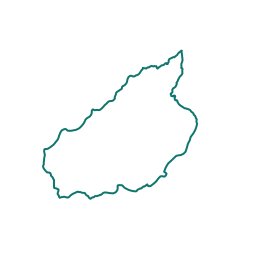 San Juanito, Meta, Colombia (Equal Earth projection), rotated 210°
{"feature_id": "7082276B64905433101217", "entity_name": "San Juanito", "entity_type": "district", "adm_level": 2, "iso_a3": "COL", "parent_name": "Colombia", "parent_adm1": "Meta", "projection": "equal_earth", "projection_center": [-73.664, 4.461], "detail": "fine", "context": "isolated", "style": "outline", "palette": "teal", "viewbox_px": 256, "rotation_deg": 210, "n_neighbors": 0, "source": "geoboundaries", "source_scale": "gbopen_adm2", "svg_char_len": 5777}
<svg xmlns="http://www.w3.org/2000/svg" viewBox="0 0 256 256"><g transform="rotate(210 128 128)"><path d="M120.9,53.5L119.4,55.1L119.0,55.8L118.5,56.3L118.1,56.5L117.7,57.3L117.1,59.1L116.8,59.6L116.0,60.5L113.8,61.6L111.9,62.2L108.3,63.9L106.9,65.6L106.4,66.7L106.2,69.0L106.7,70.4L107.6,72.0L108.0,72.5L108.1,73.0L108.0,73.3L107.9,73.5L106.9,74.2L104.6,75.4L103.8,75.3L101.5,74.6L99.9,74.5L96.5,74.7L94.8,75.1L92.1,75.8L91.3,76.3L90.1,76.7L89.1,77.5L89.0,77.8L89.0,78.5L88.8,79.1L88.6,79.7L87.9,80.6L87.6,81.2L86.5,82.2L86.1,82.9L85.8,83.9L85.5,84.7L85.2,85.2L84.8,85.3L84.3,86.0L83.7,87.3L83.5,88.1L83.3,88.5L83.1,88.7L82.6,88.5L82.2,88.0L81.2,87.9L79.5,89.0L79.3,89.5L79.0,90.1L78.4,91.6L77.8,93.0L76.9,95.8L76.4,99.9L75.9,101.7L75.7,102.3L74.7,103.1L74.2,103.4L72.5,103.9L72.3,104.1L71.9,104.5L71.6,105.6L71.6,106.6L71.7,107.4L71.8,107.6L72.0,107.7L72.6,108.0L74.1,108.1L74.7,108.2L74.9,108.4L75.0,109.0L75.5,112.3L75.6,114.9L75.4,117.9L75.1,118.6L73.9,122.4L73.3,124.6L73.0,125.5L72.5,127.4L72.2,128.1L71.7,128.6L71.1,129.1L70.0,130.1L68.7,130.9L68.1,132.0L67.3,133.0L66.8,134.3L66.4,136.0L66.4,136.8L66.6,137.7L67.4,141.4L68.0,143.3L68.2,144.4L68.3,145.8L68.3,147.1L68.5,148.7L68.7,149.6L69.0,150.5L69.2,151.4L69.2,152.0L69.1,152.7L68.7,156.2L68.8,160.1L69.3,162.8L70.0,165.3L70.3,166.1L70.6,166.5L71.9,167.7L72.9,169.9L73.1,170.0L74.4,170.6L74.8,171.2L75.9,172.0L76.3,172.1L77.0,172.2L77.5,172.3L78.8,173.4L80.3,173.7L81.6,173.8L82.5,174.3L83.1,174.6L85.0,174.5L86.5,174.2L87.0,173.9L88.2,173.8L88.9,173.4L89.3,173.4L91.6,173.6L92.0,173.5L92.9,173.7L93.8,173.6L94.3,173.8L95.2,173.9L96.2,174.2L97.6,175.0L98.4,175.6L98.8,176.1L99.3,176.4L99.7,176.4L100.0,175.9L100.7,175.9L101.4,175.9L101.9,176.3L102.1,176.5L102.3,176.8L102.5,177.5L102.7,177.8L102.9,178.9L103.1,179.2L103.3,179.3L103.5,179.3L103.7,179.1L104.4,179.1L104.6,178.6L104.8,177.9L105.4,177.9L106.1,177.5L106.4,177.6L106.7,177.5L107.2,178.2L107.5,178.4L107.8,178.5L108.1,179.1L108.0,179.5L107.7,180.1L107.5,181.0L107.7,181.8L108.3,182.5L108.7,183.3L108.8,184.0L108.5,185.4L108.2,185.7L107.7,187.0L107.5,187.6L107.5,188.0L107.7,190.5L107.9,190.7L108.4,191.1L108.6,191.5L108.4,193.3L108.7,194.5L108.8,195.3L108.7,196.3L108.8,197.3L108.8,198.1L108.2,200.6L108.1,201.9L108.2,202.5L109.0,203.7L109.6,204.8L110.0,205.4L110.1,205.9L110.3,206.4L110.4,206.5L111.7,206.6L112.1,206.9L112.0,207.5L113.0,208.7L113.5,209.6L113.9,210.4L114.1,212.0L114.5,213.6L115.0,214.5L115.3,214.8L115.9,215.8L116.6,216.6L117.1,217.4L118.0,218.7L118.6,219.3L119.3,220.2L119.7,220.9L120.3,222.2L120.4,222.5L120.4,221.9L120.7,220.7L121.2,219.9L121.5,218.8L121.9,217.5L121.9,215.8L123.0,213.3L123.2,212.5L123.4,212.3L124.0,212.2L124.3,211.9L125.5,210.1L126.3,208.9L126.6,208.4L126.7,207.8L126.6,207.1L126.4,206.5L125.9,205.8L125.8,205.4L125.9,204.3L125.7,203.5L125.7,203.2L126.0,203.0L126.3,202.8L126.9,203.3L127.3,203.3L127.9,202.8L128.1,202.4L128.4,201.0L128.7,200.4L129.0,200.0L129.7,199.5L130.3,198.8L130.7,197.7L131.3,196.6L131.7,195.7L131.9,194.8L132.2,194.3L132.3,194.2L132.7,194.3L133.7,195.2L134.4,195.6L135.5,194.9L136.0,194.9L136.6,194.4L137.0,193.9L137.8,193.8L138.3,193.5L138.8,193.4L138.9,193.2L139.7,192.1L140.0,191.3L140.4,190.8L140.9,190.7L141.2,190.2L141.5,189.8L141.9,188.7L142.4,188.4L143.0,188.3L145.1,187.4L145.0,187.0L144.8,186.2L144.8,185.9L145.2,184.6L145.3,181.7L145.5,180.4L145.8,179.6L146.1,179.0L146.7,178.2L147.7,177.2L148.0,176.4L148.6,175.6L149.6,175.1L150.7,175.0L151.6,174.7L152.1,174.3L152.3,174.0L152.8,173.0L153.0,172.6L153.0,172.2L152.9,170.5L152.8,170.0L152.3,168.5L151.9,167.1L151.8,166.0L151.9,165.1L152.3,163.4L152.6,162.8L153.1,162.2L153.5,161.5L153.6,161.2L153.7,160.9L153.6,160.6L153.1,159.1L153.1,158.6L153.3,158.1L153.9,157.3L154.3,156.1L154.9,155.1L155.1,154.7L155.7,153.3L155.8,153.1L155.8,152.7L155.2,150.4L155.0,148.7L154.9,148.0L154.2,147.0L154.1,146.9L154.2,146.4L154.7,144.2L155.0,143.9L156.4,142.6L156.9,142.4L157.4,142.0L158.0,141.3L158.2,140.8L158.9,138.1L159.6,136.2L160.0,133.8L160.5,131.9L161.1,130.3L161.5,129.5L162.4,128.8L163.2,128.5L163.8,128.2L165.1,127.3L165.8,126.7L166.1,126.6L167.2,126.7L167.7,126.5L168.0,126.0L168.0,125.5L167.9,124.6L167.0,123.0L166.7,122.1L166.6,121.3L166.6,120.3L166.8,119.2L167.2,118.2L168.4,116.1L168.8,114.8L169.0,113.5L168.8,112.5L168.7,109.9L168.8,108.8L169.2,106.6L170.0,103.6L171.7,100.9L173.8,98.9L174.6,98.3L175.7,97.3L177.3,96.3L178.8,95.6L179.4,95.6L180.7,95.9L181.5,95.9L182.0,95.6L182.8,94.9L183.5,93.9L184.1,92.9L184.3,91.5L184.3,90.5L184.1,88.9L183.7,86.3L183.3,84.9L183.1,83.6L183.1,82.5L183.5,80.4L183.8,78.0L184.2,76.1L185.1,73.9L185.8,72.3L186.8,70.4L187.4,69.6L188.0,69.1L188.5,68.8L189.4,68.2L189.6,67.8L189.5,66.9L189.0,65.9L188.0,64.7L186.6,63.2L185.2,59.3L184.4,57.7L183.9,56.3L182.9,54.7L182.7,54.2L182.6,52.8L182.5,52.5L182.3,52.2L181.9,51.8L181.1,51.1L180.5,50.7L177.7,49.6L176.5,49.3L175.7,49.2L174.9,49.5L174.4,49.8L173.9,50.0L172.9,50.1L172.5,49.9L171.9,49.5L171.5,49.1L171.0,48.4L170.6,48.2L170.1,47.9L168.9,47.7L168.0,47.2L167.1,46.4L166.2,46.1L166.0,45.9L165.5,45.0L165.2,44.5L164.3,42.7L163.2,41.2L163.0,40.6L162.3,39.5L161.7,39.2L160.1,39.8L158.6,39.9L158.2,40.0L157.6,40.0L157.4,39.9L157.2,39.7L157.0,39.3L156.9,38.9L156.4,36.7L156.2,36.2L155.8,35.6L155.6,35.4L154.5,35.0L154.1,34.8L153.1,33.8L152.4,33.5L152.1,33.6L151.9,33.8L151.2,34.7L148.9,36.6L147.8,36.8L146.5,37.3L146.1,37.3L145.9,37.3L145.5,37.6L145.1,38.0L144.6,38.8L144.1,40.7L143.1,43.0L142.3,44.2L141.3,45.5L140.5,46.8L139.9,47.5L139.4,47.8L138.5,48.0L137.2,48.7L135.7,48.9L135.0,49.1L133.5,49.9L132.4,50.0L131.8,49.5L130.5,49.0L129.4,49.0L128.4,49.1L127.3,48.3L126.3,48.0L125.3,47.9L125.0,48.1L124.8,48.9L124.2,50.0L124.0,50.3L123.6,50.5L123.3,50.6L123.1,50.9L122.6,52.3L122.3,52.6L120.9,53.5Z" fill="none" stroke="#0f766e" stroke-width="2"/></g></svg>